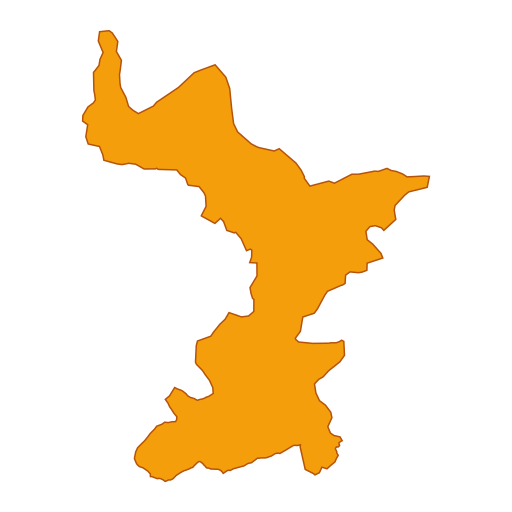 Buruku, Benue, Nigeria (orthographic projection)
{"feature_id": "59680162B99039921741080", "entity_name": "Buruku", "entity_type": "district", "adm_level": 2, "iso_a3": "NGA", "parent_name": "Nigeria", "parent_adm1": "Benue", "projection": "orthographic", "projection_center": [9.166, 7.36], "detail": "fine", "context": "isolated", "style": "filled", "palette": "amber", "viewbox_px": 512, "rotation_deg": 0, "n_neighbors": 0, "source": "geoboundaries", "source_scale": "gbopen_adm2", "svg_char_len": 3953}
<svg xmlns="http://www.w3.org/2000/svg" viewBox="0 0 512 512"><path d="M342.2,440.7L340.0,436.9L333.9,435.5L330.4,433.0L327.8,426.7L331.9,417.7L330.8,412.3L325.5,405.2L319.5,400.7L315.9,393.0L314.5,383.9L318.8,379.3L323.2,376.8L328.5,370.9L339.9,361.8L344.5,355.3L343.8,341.4L341.6,340.2L339.5,341.6L336.1,342.8L330.8,342.8L328.8,343.2L312.7,343.4L298.7,342.0L295.9,339.6L295.3,338.3L300.4,331.3L302.8,317.0L314.3,313.2L317.5,308.8L324.8,295.2L327.5,291.3L340.8,285.5L342.6,285.0L345.1,283.4L345.6,275.1L350.0,271.9L358.4,272.7L362.1,272.1L366.9,270.3L367.1,263.2L382.8,258.0L380.9,253.3L372.7,244.1L367.2,239.7L365.9,231.3L369.9,226.6L375.4,225.7L381.5,227.8L383.8,230.4L395.8,219.4L395.0,214.9L394.2,210.0L395.1,205.4L404.7,195.2L408.7,191.9L427.2,187.3L429.4,176.4L423.9,176.0L413.3,176.6L407.1,176.9L402.5,173.9L396.1,171.4L391.2,170.5L387.0,168.4L378.3,171.4L374.6,171.1L370.7,171.9L358.6,174.2L351.9,174.2L334.4,183.2L328.8,181.1L309.9,186.1L304.3,178.3L304.4,176.7L301.2,170.3L296.0,163.1L279.2,148.7L274.2,151.0L258.9,147.6L256.4,146.6L251.1,143.8L237.6,131.9L233.6,123.6L231.6,108.1L229.7,88.5L225.8,77.2L215.1,64.8L201.2,69.9L194.2,72.7L178.4,87.5L156.5,102.3L153.4,106.1L138.4,113.6L133.1,110.4L128.6,106.5L125.9,97.4L120.7,87.5L120.0,83.4L119.5,74.5L120.4,68.7L121.4,60.3L116.4,51.5L117.8,41.4L112.3,33.0L109.1,30.7L99.6,31.7L98.3,41.0L103.1,52.5L100.0,59.3L99.0,65.4L94.5,71.3L94.1,71.6L93.5,72.4L93.9,90.5L94.7,94.6L95.4,100.0L93.4,102.9L88.0,106.9L82.9,115.4L82.6,121.1L87.7,124.7L85.8,136.7L88.2,144.0L99.5,146.5L102.8,154.8L103.9,160.3L117.0,163.9L122.1,164.6L128.8,163.3L135.7,164.2L144.1,169.0L155.3,168.9L156.7,168.3L158.2,169.4L176.7,169.9L180.5,174.6L185.5,178.0L187.7,184.3L188.4,185.2L199.1,186.6L204.0,192.8L205.5,196.0L206.1,206.4L201.3,215.7L201.3,215.9L214.9,223.4L220.5,218.3L223.6,221.6L226.8,230.4L234.3,232.9L235.7,232.3L241.1,238.6L246.5,250.7L250.3,249.1L251.8,250.2L251.6,257.3L249.7,262.6L256.9,263.0L257.0,275.9L250.0,287.6L251.0,293.3L252.6,298.5L253.9,299.3L253.8,311.5L248.5,316.0L241.4,316.9L229.0,312.6L225.1,319.3L223.1,321.2L220.0,324.1L213.4,332.3L210.8,336.2L197.5,341.0L196.3,345.4L195.5,362.2L196.5,364.4L202.4,370.4L205.6,375.2L209.4,380.2L212.8,387.6L213.2,393.5L208.7,396.4L205.9,397.3L204.7,398.1L202.3,399.0L200.0,399.4L197.3,400.3L194.1,398.5L190.3,397.4L187.7,395.8L186.1,393.8L182.7,391.1L180.5,390.0L177.3,388.9L174.7,387.5L169.5,395.9L165.3,399.4L167.9,403.0L169.7,406.9L171.1,408.8L174.0,413.3L176.8,416.7L176.7,419.4L175.6,421.6L171.8,421.8L168.2,422.6L164.7,422.2L162.0,424.2L156.7,426.2L154.5,429.2L150.4,433.3L148.2,436.3L144.7,440.7L140.5,444.8L137.6,447.8L135.7,451.9L134.4,458.5L135.9,462.2L136.7,463.9L138.5,465.9L139.7,466.7L143.0,467.8L147.8,471.1L150.3,473.9L150.4,476.6L152.1,476.7L155.0,477.8L157.4,478.7L158.8,478.4L160.4,478.6L162.9,479.7L165.0,481.3L165.6,481.3L167.0,480.7L168.6,479.9L170.5,480.0L172.8,478.9L174.2,477.6L175.9,475.7L177.6,474.5L180.9,472.4L183.9,470.8L186.6,469.9L189.4,468.8L191.0,467.9L192.7,467.4L194.1,465.8L197.6,462.4L199.0,461.6L200.1,461.6L200.8,462.0L202.7,463.5L203.9,465.0L205.2,466.2L206.3,467.6L206.9,468.0L208.8,468.1L210.6,469.0L214.1,469.1L216.4,469.3L217.7,469.2L219.1,469.6L221.0,470.7L222.2,471.9L223.2,473.4L227.0,470.8L228.7,470.2L230.2,470.5L233.3,468.8L239.1,467.2L244.0,465.9L247.2,463.9L248.8,463.2L251.4,462.8L253.1,461.5L257.6,458.1L259.2,458.2L260.9,457.9L262.9,457.9L265.0,457.9L267.3,457.5L268.4,457.0L271.4,456.0L274.1,454.3L274.7,453.8L276.4,453.3L277.4,453.3L277.9,453.1L278.8,453.2L279.8,453.5L286.1,449.9L290.7,447.1L293.2,445.6L294.7,445.3L297.1,445.5L298.0,445.4L300.2,444.8L300.5,444.8L300.1,446.7L305.2,469.4L313.5,473.6L315.0,474.9L319.4,472.7L321.9,467.2L327.0,468.8L330.6,465.5L334.9,462.0L336.5,458.3L338.2,455.4L336.7,452.8L336.8,451.7L335.4,448.9L335.6,448.1L336.5,446.9L337.7,447.0L338.5,446.8L339.6,445.5L339.0,443.9L339.1,442.6L341.1,441.2L342.2,440.7Z" fill="#f59e0b" stroke="#b45309" stroke-width="1.5"/></svg>